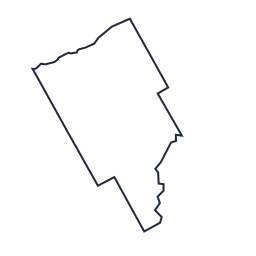 Hernando, Florida, United States of America (Equal Earth projection), rotated 61°
{"feature_id": "52423323B94618395838075", "entity_name": "Hernando", "entity_type": "district", "adm_level": 2, "iso_a3": "USA", "parent_name": "United States of America", "parent_adm1": "Florida", "projection": "equal_earth", "projection_center": [-82.437, 28.564], "detail": "fine", "context": "isolated", "style": "outline", "palette": "slate", "viewbox_px": 256, "rotation_deg": 61, "n_neighbors": 0, "source": "geoboundaries", "source_scale": "gbopen_adm2", "svg_char_len": 673}
<svg xmlns="http://www.w3.org/2000/svg" viewBox="0 0 256 256"><g transform="rotate(61 128 128)"><path d="M226.3,164.0L226.4,145.9L222.2,141.7L213.0,144.3L209.1,136.5L202.4,135.4L200.1,127.4L194.4,124.1L191.5,128.1L181.5,123.2L176.9,123.8L173.8,115.8L161.5,97.3L162.7,92.4L157.1,89.4L160.8,84.6L112.2,85.3L112.0,73.2L84.0,73.2L33.3,73.4L31.5,93.0L34.8,110.2L37.9,116.8L37.0,126.4L35.5,132.2L35.5,134.0L37.1,136.1L35.2,141.3L34.9,142.2L33.5,143.1L33.1,146.6L32.9,154.6L34.0,156.0L34.6,159.6L34.4,161.4L32.1,169.7L29.6,172.9L31.4,179.3L30.4,182.5L30.1,182.8L42.3,182.7L101.1,182.7L163.9,182.3L164.3,163.8L226.3,164.0Z" fill="none" stroke="#1e293b" stroke-width="2"/></g></svg>